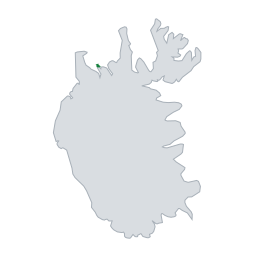 Akraneskaupstaður, Vesturland, Iceland shown in context, rotated 92°
{"feature_id": "244011B30892314657027", "entity_name": "Akraneskaupstaður", "entity_type": "district", "adm_level": 2, "iso_a3": "ISL", "parent_name": "Iceland", "parent_adm1": "Vesturland", "projection": "mercator", "projection_center": [-22.054, 64.332], "detail": "fine", "context": "in_parent", "style": "filled", "palette": "green", "viewbox_px": 256, "rotation_deg": 92, "n_neighbors": 0, "source": "geoboundaries", "source_scale": "gbopen_adm2", "svg_char_len": 4325}
<svg xmlns="http://www.w3.org/2000/svg" viewBox="0 0 256 256"><g transform="rotate(92 128 128)"><path d="M198.1,68.5L200.4,68.6L204.2,66.9L209.6,61.9L211.9,60.8L217.2,60.8L210.8,65.7L208.4,71.0L206.7,73.6L206.7,74.7L211.2,78.0L213.3,76.9L214.3,77.3L215.1,78.8L215.7,81.8L215.3,84.9L214.0,88.1L212.3,90.7L212.5,91.5L213.9,91.9L221.3,90.3L222.1,94.1L222.8,95.4L222.6,96.7L219.7,100.7L223.1,98.2L225.8,97.5L230.5,98.7L232.4,100.2L233.5,102.8L235.9,102.0L236.9,103.5L237.0,105.0L235.9,109.3L233.1,111.4L234.8,114.5L236.2,114.6L236.4,115.3L236.3,117.1L234.2,119.3L237.7,121.6L238.1,122.5L237.9,125.2L237.3,126.8L236.2,127.7L233.7,127.8L232.2,128.8L232.7,130.5L232.2,135.0L230.2,138.8L228.3,140.7L226.5,142.0L221.4,140.6L221.6,143.8L219.8,145.8L220.2,147.4L220.8,148.2L220.5,150.3L218.2,154.7L216.5,156.1L213.3,157.8L208.6,161.7L203.9,161.6L192.2,167.2L187.6,170.2L179.4,179.2L175.9,181.5L170.0,182.6L152.2,188.5L150.2,192.0L150.1,192.7L150.9,194.1L149.6,196.5L146.9,198.3L145.6,198.3L143.4,196.8L143.2,197.5L144.0,199.4L135.3,202.4L123.3,200.8L112.6,196.5L104.2,195.6L98.2,189.7L98.1,188.7L98.7,186.9L100.9,186.1L99.8,184.3L96.2,187.5L95.0,187.4L93.5,186.1L93.4,184.8L90.4,184.3L85.2,180.5L84.9,179.6L86.1,178.4L85.9,178.1L83.0,178.3L79.0,181.8L54.7,183.3L53.8,181.4L52.8,174.5L53.7,171.5L54.7,171.8L57.5,175.7L64.0,173.5L66.7,172.1L69.1,168.3L70.5,167.0L72.5,162.2L74.5,159.2L78.7,157.8L75.0,156.9L68.8,160.8L66.8,160.8L67.7,159.1L69.8,157.2L68.4,157.1L67.8,156.2L67.8,154.4L68.8,151.4L76.1,146.2L74.4,145.2L69.4,149.2L65.7,150.6L62.7,148.8L61.3,146.3L61.4,145.2L63.1,142.1L62.8,141.5L61.6,141.1L58.4,138.2L53.3,138.5L40.7,136.8L31.1,140.9L28.8,139.0L27.0,135.0L27.3,133.4L29.0,132.5L33.7,132.6L40.5,130.7L43.7,128.4L44.9,129.0L45.5,130.1L49.7,128.3L51.9,126.3L55.7,127.3L70.0,126.2L71.9,123.4L72.6,120.2L72.3,119.5L67.0,122.5L65.8,122.4L59.8,120.9L57.6,119.1L58.3,117.6L61.5,114.5L69.7,109.3L70.8,108.2L71.0,107.0L67.7,104.7L61.5,105.3L60.0,102.7L54.8,101.1L51.4,102.1L49.6,100.5L29.5,108.9L23.0,105.0L18.3,104.4L17.9,103.2L20.6,99.5L22.5,98.8L24.3,99.1L27.9,101.7L30.4,102.5L27.3,98.7L27.1,95.1L26.2,94.1L25.2,91.7L25.6,90.9L29.3,91.4L35.2,95.6L38.1,94.9L41.9,92.2L33.4,90.6L30.9,87.3L32.7,85.5L37.1,85.8L32.2,80.0L32.0,79.0L32.8,76.4L38.9,78.6L35.7,75.2L35.6,74.4L36.5,73.8L37.0,71.7L38.5,70.8L41.6,71.5L46.4,75.6L47.1,76.7L47.3,80.7L49.1,80.1L51.4,80.7L53.2,77.9L54.5,78.6L55.5,81.0L55.4,86.4L56.7,84.5L58.9,84.4L59.3,79.9L58.8,76.4L51.6,72.2L48.7,69.2L49.0,68.2L50.4,67.3L58.1,66.6L54.8,64.8L54.0,63.0L48.2,63.7L45.3,62.9L45.2,62.0L46.4,60.6L49.9,57.8L56.5,57.6L59.2,58.3L64.4,64.5L68.5,67.0L75.4,75.4L79.8,78.6L80.0,79.4L79.3,80.3L77.6,81.4L80.2,82.9L81.8,85.0L81.9,85.9L80.4,92.6L78.8,94.7L74.7,93.5L75.7,95.6L78.6,97.8L79.3,99.0L78.8,100.3L80.2,99.9L80.6,100.6L80.0,104.3L79.3,105.7L81.7,106.4L83.4,108.3L85.4,115.7L86.5,110.0L87.0,107.9L88.0,107.1L89.2,101.2L91.9,97.7L94.5,96.4L97.1,100.5L99.0,100.9L101.0,93.7L101.2,88.4L100.6,82.4L101.0,78.2L102.3,75.6L104.0,74.9L107.6,77.4L110.7,83.3L115.3,89.7L118.5,91.3L119.0,91.1L119.6,89.0L119.1,80.6L120.6,76.1L124.4,75.0L130.1,70.8L131.5,70.7L134.3,73.1L139.3,81.6L142.9,85.5L144.8,91.8L145.7,93.0L146.4,91.0L146.5,88.2L142.2,75.2L142.1,73.4L142.5,72.0L150.4,72.7L152.2,74.2L157.6,81.6L160.3,78.6L165.6,69.7L167.4,70.0L172.0,73.6L173.8,73.3L179.1,70.1L180.2,66.0L178.0,57.5L178.9,55.7L183.8,53.6L189.2,54.1L194.6,61.9L194.9,65.6L198.1,68.5Z" fill="#d9dde1" stroke="#a8b0b8" stroke-width="1"/><path d="M67.5,159.4L67.5,159.5L67.4,159.5L67.4,159.4L67.4,159.5L67.2,159.6L67.2,159.4L67.3,159.3L67.5,159.2L67.4,159.0L67.3,159.3L67.2,159.3L67.2,159.2L67.2,159.3L67.1,159.5L66.9,159.8L66.9,160.0L66.8,159.9L66.7,160.0L66.7,159.9L66.6,160.0L66.4,160.3L66.4,160.2L66.1,160.4L66.1,160.5L65.9,160.7L65.7,160.8L65.8,160.7L65.8,160.8L65.8,160.7L66.0,160.8L65.9,160.8L65.9,161.0L66.0,161.0L66.0,160.9L66.3,160.9L66.2,160.8L66.2,160.7L66.2,160.8L66.3,160.8L66.2,160.7L66.3,160.7L66.6,160.6L66.8,160.8L67.0,160.9L67.5,160.5L67.4,160.4L67.5,160.2L67.8,160.0L67.8,159.9L67.7,159.8L67.7,159.7L67.7,159.4L67.5,159.4ZM66.5,159.8L66.6,159.7L66.5,159.8ZM66.9,159.5L67.0,159.4L66.9,159.4L66.9,159.5ZM67.7,159.0L67.7,158.9L67.7,159.0ZM66.8,159.6L66.7,159.5L66.8,159.6ZM66.5,160.0L66.4,160.0L66.5,160.0ZM66.5,160.0L66.5,159.9L66.5,160.0Z" fill="#22c55e" stroke="#15803d" stroke-width="1.5"/></g></svg>